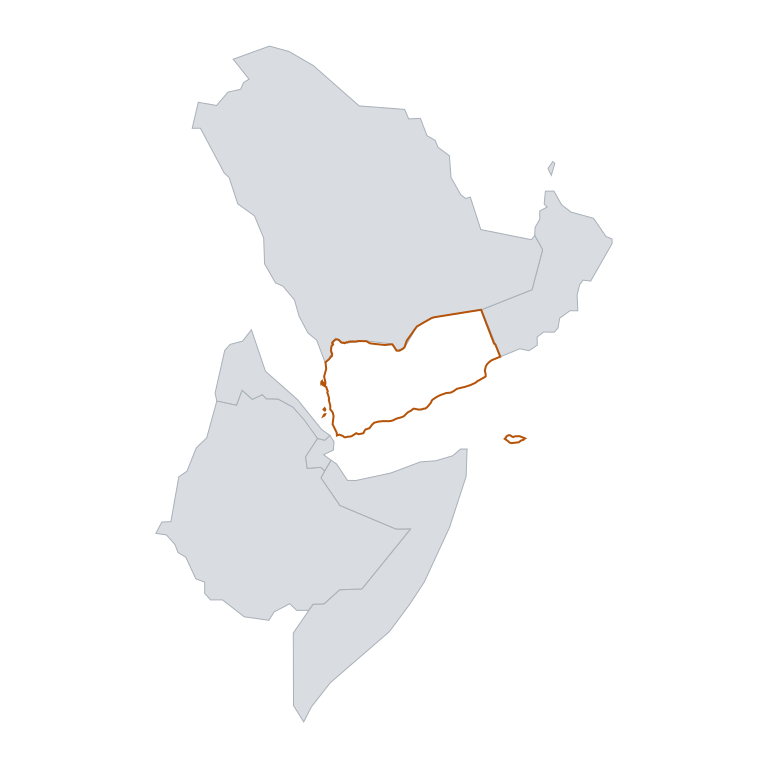 Yemen and the surrounding countries
{"feature_id": "YEM", "entity_name": "Yemen", "entity_type": "country or territory", "adm_level": 0, "iso_a3": "YEM", "parent_name": "Asia", "parent_adm1": "", "projection": "natural_earth1", "projection_center": [47.23, 15.658], "detail": "fine", "context": "with_neighbors", "style": "outline", "palette": "amber", "viewbox_px": 768, "rotation_deg": 0, "n_neighbors": 6, "source": "natural_earth", "source_scale": "50m", "svg_char_len": 5572}
<svg xmlns="http://www.w3.org/2000/svg" viewBox="0 0 768 768"><path d="M293.5,705.5L293.3,633.0L313.1,604.2L324.1,603.8L339.5,589.8L361.9,588.9L410.4,529.1L396.0,529.2L339.9,505.6L320.9,477.9L331.0,460.2L336.5,463.9L347.5,480.4L356.0,480.5L390.8,473.0L420.4,461.9L435.6,460.8L452.6,455.8L460.6,449.0L467.1,449.0L466.1,476.5L449.5,527.5L424.2,582.2L409.6,604.4L389.4,631.6L330.4,682.6L311.5,706.7L303.7,721.9L293.5,705.5Z" fill="#d9dde1" stroke="#a8b0b8" stroke-width="1"/><path d="M534.7,235.5L535.1,227.4L539.8,219.2L539.7,211.0L547.2,207.0L544.2,204.2L545.4,191.2L553.9,191.1L561.6,204.8L571.1,212.1L593.5,218.3L606.0,236.5L612.0,239.0L612.1,243.5L590.7,281.1L583.0,280.1L579.6,284.8L577.1,295.0L577.8,310.8L570.0,310.7L559.6,318.2L558.1,327.9L554.2,332.2L543.7,332.0L537.1,337.0L537.3,345.1L529.1,350.7L519.8,348.8L500.6,356.6L481.5,309.7L532.0,289.7L542.6,249.7L534.7,235.5ZM551.3,175.3L548.0,168.5L552.7,161.6L554.8,163.4L551.3,175.3Z" fill="#d9dde1" stroke="#a8b0b8" stroke-width="1"/><path d="M216.8,401.1L215.1,393.1L224.7,350.5L230.1,344.4L242.6,341.1L251.4,329.7L265.4,371.2L297.7,399.8L321.6,429.5L330.0,435.5L324.8,440.4L317.5,438.6L292.9,407.2L278.1,399.2L266.4,399.0L262.3,394.8L252.3,399.5L242.1,390.4L236.6,405.3L216.8,401.1Z" fill="#d9dde1" stroke="#a8b0b8" stroke-width="1"/><path d="M198.3,102.3L216.6,105.5L228.0,92.1L240.6,89.3L243.5,82.6L249.0,79.2L233.2,59.2L269.4,46.1L289.0,51.5L313.2,65.5L359.2,105.9L404.6,109.4L408.7,118.9L420.4,118.4L427.0,135.7L435.1,140.3L438.0,147.3L449.4,155.8L451.0,177.4L460.6,194.5L465.7,198.5L470.3,197.1L480.8,229.6L531.4,239.7L534.7,235.5L542.6,249.7L532.0,289.7L481.5,309.7L432.7,317.4L416.9,326.4L404.8,347.3L396.9,350.7L392.7,344.0L366.7,341.0L342.5,343.3L335.5,338.1L331.0,347.9L332.7,356.3L325.2,362.7L316.7,340.2L308.0,333.0L299.1,316.3L294.5,300.0L283.0,286.2L275.5,282.9L264.6,263.9L263.7,238.1L254.5,215.9L237.8,203.9L229.1,177.5L224.3,173.1L200.4,128.2L192.2,128.3L198.3,102.3Z" fill="#d9dde1" stroke="#a8b0b8" stroke-width="1"/><path d="M410.4,529.1L361.9,588.9L339.5,589.8L324.1,603.8L313.1,604.2L308.4,610.4L296.7,610.4L289.7,603.7L274.0,612.0L268.9,620.3L244.2,616.8L222.5,599.9L210.5,599.9L204.7,593.3L204.7,582.2L195.8,578.8L185.8,557.2L178.0,552.5L175.0,544.6L166.4,534.9L155.9,533.4L161.8,522.1L170.9,521.6L178.8,476.8L187.0,471.2L196.3,447.8L206.7,437.9L216.8,401.1L236.6,405.3L242.1,390.4L252.3,399.5L262.3,394.8L266.4,399.0L278.1,399.2L292.9,407.2L304.7,420.5L317.5,438.6L305.6,456.8L307.2,468.4L320.8,467.3L324.6,470.8L320.9,477.9L339.9,505.6L396.0,529.2L410.4,529.1Z" fill="#d9dde1" stroke="#a8b0b8" stroke-width="1"/><path d="M317.5,438.6L324.8,440.4L330.0,435.5L334.0,441.7L333.4,450.0L323.6,454.7L331.0,460.2L324.6,470.8L320.8,467.3L307.2,468.4L305.6,456.8L317.5,438.6Z" fill="#d9dde1" stroke="#a8b0b8" stroke-width="1"/><path d="M500.2,356.7L491.7,360.2L489.5,361.8L487.4,363.8L485.9,366.2L484.8,370.5L485.7,374.4L485.6,376.5L483.4,377.9L481.4,378.9L479.1,380.4L477.7,380.8L476.5,382.0L475.2,382.9L470.4,385.1L465.2,386.8L456.9,388.8L453.7,391.1L450.8,392.6L446.4,393.0L440.3,395.1L436.9,396.8L432.7,399.6L431.8,400.5L431.0,402.5L429.7,404.2L427.2,407.1L425.3,408.6L424.0,408.6L421.6,409.4L418.7,409.6L413.8,408.6L412.5,409.3L411.5,410.4L407.7,412.4L403.8,416.3L401.0,417.4L396.5,418.6L393.3,420.2L391.1,420.9L388.4,421.2L383.3,421.1L378.4,421.6L374.0,422.8L371.9,424.9L369.5,428.2L365.5,429.5L364.6,430.7L363.4,433.2L360.8,433.8L358.5,434.2L356.2,433.2L351.8,436.1L350.1,436.6L347.6,436.7L345.7,437.3L344.4,437.2L342.8,436.0L339.4,434.6L336.9,435.5L336.7,432.7L332.6,424.2L333.5,416.7L333.5,415.7L332.7,412.4L330.2,409.3L330.3,405.5L329.5,402.7L328.8,399.9L329.1,399.2L329.1,398.5L327.9,394.1L327.4,393.2L327.3,392.3L327.7,391.6L327.7,390.8L327.0,389.5L326.3,387.0L323.0,385.0L323.7,383.1L324.3,383.7L325.2,384.3L325.4,383.1L325.4,382.2L324.1,376.5L326.2,369.0L325.5,362.2L328.7,359.5L329.5,358.6L330.0,357.9L330.8,356.4L331.8,355.9L332.1,354.2L332.1,353.4L331.5,352.7L331.0,350.8L331.2,348.4L331.3,347.4L331.7,345.6L332.8,344.9L333.1,344.3L332.2,343.2L332.3,342.5L334.2,340.5L334.9,340.0L336.2,339.4L337.1,339.4L338.2,339.7L339.2,340.2L340.1,341.2L341.1,342.4L342.7,342.8L343.7,342.7L344.6,343.2L345.3,342.9L346.2,342.3L347.5,342.4L348.7,341.7L352.0,341.4L355.3,341.6L358.7,341.0L362.1,341.1L365.5,341.1L366.3,341.2L367.0,341.6L369.9,343.3L372.1,343.6L376.4,344.1L381.1,344.6L385.2,345.0L388.6,344.6L391.5,344.3L392.3,344.4L393.1,345.4L394.9,348.1L396.5,350.6L399.3,350.7L401.2,349.8L403.2,348.5L404.4,347.4L405.8,343.4L406.7,340.7L408.8,337.7L410.6,335.3L412.9,332.0L414.2,330.1L416.8,326.6L419.2,325.2L423.9,322.4L428.5,319.8L431.5,318.1L434.0,317.3L438.3,316.6L443.3,315.8L448.3,315.0L453.7,314.1L459.6,313.2L463.7,312.5L468.9,311.7L473.3,311.0L477.1,310.4L481.1,309.8L481.9,311.8L482.6,313.8L483.4,315.8L484.2,317.8L484.9,319.8L485.7,321.8L486.4,323.8L487.2,325.7L488.0,327.7L488.7,329.7L489.5,331.7L490.3,333.7L491.0,335.7L491.8,337.7L492.6,339.7L493.3,341.7L494.1,343.7L495.3,344.3L496.0,346.2L497.1,348.8L498.1,351.4L499.2,354.1L500.2,356.7ZM512.4,436.8L513.4,437.0L515.0,436.3L519.6,436.2L525.1,438.4L524.1,439.0L523.5,439.8L521.1,440.5L518.7,442.3L511.6,443.1L509.6,442.6L507.9,441.0L504.7,438.8L506.0,437.5L506.2,436.8L506.7,436.2L508.5,435.2L510.2,435.3L512.4,436.8ZM325.1,410.1L324.8,410.6L324.5,410.5L323.5,409.4L324.6,408.2L325.3,409.3L325.1,410.1ZM321.9,383.5L321.3,384.0L321.2,383.2L321.5,381.5L322.1,381.0L322.4,382.3L322.2,383.0L321.9,383.5ZM324.5,415.5L323.4,416.1L324.2,414.5L324.9,414.2L325.2,414.2L324.5,415.5Z" fill="none" stroke="#b45309" stroke-width="2"/></svg>